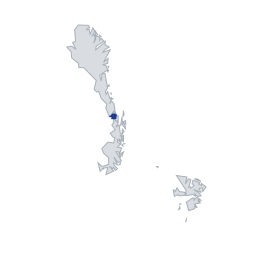 Sørfold nor, Nordland, Norway (highlighted), rotated 132°
{"feature_id": "86288312B94814604845877", "entity_name": "Sørfold nor", "entity_type": "district", "adm_level": 2, "iso_a3": "NOR", "parent_name": "Norway", "parent_adm1": "Nordland", "projection": "albers", "projection_center": [15.554, 67.519], "detail": "fine", "context": "in_parent", "style": "filled", "palette": "blue", "viewbox_px": 256, "rotation_deg": 132, "n_neighbors": 0, "source": "geoboundaries", "source_scale": "gbopen_adm2", "svg_char_len": 5825}
<svg xmlns="http://www.w3.org/2000/svg" viewBox="0 0 256 256"><g transform="rotate(132 128 128)"><path d="M148.7,128.6L143.9,131.4L144.8,133.0L143.8,137.8L137.9,136.2L136.7,141.9L132.7,142.7L130.4,147.2L131.4,150.7L128.0,157.9L124.4,159.6L124.0,167.5L120.4,174.3L122.2,175.4L122.0,179.0L113.9,183.4L112.8,201.3L116.0,204.9L113.1,208.1L113.6,216.7L109.4,221.3L108.8,227.6L105.0,224.9L104.3,219.3L101.6,226.3L98.6,225.0L90.7,233.4L84.7,233.8L78.2,226.1L79.1,223.5L81.3,225.2L82.8,224.1L80.6,222.9L83.8,218.9L77.1,221.1L78.6,217.3L83.2,216.4L81.0,215.6L83.5,212.4L87.9,210.4L83.7,211.4L77.8,217.2L78.8,213.1L81.2,213.1L79.1,209.7L81.8,207.8L79.3,207.9L79.4,204.0L88.7,206.3L91.6,204.2L80.1,202.7L81.6,200.1L80.4,196.1L85.2,197.7L88.5,197.4L81.8,193.6L95.6,190.1L89.6,189.4L93.7,186.3L98.0,189.3L96.3,186.0L98.6,182.1L107.8,184.3L111.1,179.4L104.8,183.6L102.9,181.5L111.8,170.1L116.0,169.1L117.7,166.9L114.6,167.4L118.4,161.1L117.5,159.6L122.4,157.9L118.9,158.5L119.4,154.6L122.9,150.1L127.8,149.4L124.2,148.7L126.1,145.8L128.4,148.0L128.8,146.3L125.5,143.5L129.9,139.5L131.0,142.8L130.6,138.7L135.3,137.5L131.6,136.6L136.9,130.5L137.3,127.5L139.4,128.9L138.5,127.2L141.9,124.0L142.0,127.7L143.9,122.5L143.6,128.3L145.6,126.5L144.9,122.8L149.4,123.1L147.0,119.5L151.1,117.7L153.7,121.2L156.9,110.9L160.3,112.2L159.0,119.2L162.4,110.9L163.5,115.6L164.6,114.4L165.4,108.6L168.1,109.2L167.1,112.3L168.3,112.1L168.9,116.1L169.6,109.9L177.4,113.2L170.9,116.7L174.7,119.7L178.9,119.6L173.8,127.0L174.1,122.5L173.1,120.8L167.8,118.1L163.0,122.6L163.1,129.4L160.9,133.6L152.0,133.5L148.7,128.6ZM129.5,28.3L132.3,30.4L132.2,34.2L133.4,32.2L134.1,35.3L139.6,39.7L135.4,43.3L130.9,60.2L125.0,51.5L131.1,47.9L125.2,49.1L124.4,46.7L131.5,43.1L130.0,42.4L130.7,40.9L126.6,40.4L126.4,43.2L123.4,44.7L120.3,38.0L122.2,38.1L121.6,34.9L120.1,36.3L119.5,30.6L125.0,29.9L125.3,30.8L122.8,32.5L125.3,34.7L127.0,30.8L129.8,38.0L128.8,31.3L129.5,28.3ZM135.3,24.2L140.0,27.6L140.8,23.7L141.4,24.1L141.3,26.2L143.3,24.4L148.8,27.6L144.0,35.0L136.6,33.0L135.8,32.2L137.6,30.6L134.0,30.7L133.0,29.3L134.1,28.2L132.4,27.3L134.9,27.5L134.5,25.6L135.5,26.4L135.3,24.2ZM140.1,40.9L144.3,44.6L143.8,46.1L147.7,47.8L143.9,52.8L143.1,52.5L143.4,50.3L139.7,51.5L140.8,47.1L137.5,42.3L140.1,40.9ZM129.0,136.4L131.7,134.8L123.7,139.9L127.8,135.8L128.0,131.8L130.2,129.5L129.0,136.4ZM133.1,128.7L136.8,128.2L132.6,131.4L133.1,128.7ZM136.6,126.2L141.5,122.0L139.0,126.4L136.6,126.2ZM118.7,38.3L120.9,42.8L121.3,44.7L119.5,42.4L118.7,38.3ZM126.5,132.2L127.1,135.8L124.2,134.9L126.5,132.2ZM153.0,113.2L151.4,116.1L148.7,115.3L151.7,114.4L153.0,113.2ZM153.6,115.1L153.1,118.2L151.9,117.5L153.6,115.1ZM120.3,140.0L123.2,139.3L119.9,141.6L120.3,140.0ZM159.0,22.4L155.7,24.2L159.0,22.2L159.0,22.4ZM152.8,35.5L155.2,35.6L151.9,36.8L152.8,35.5ZM158.5,110.4L160.4,109.4L161.1,109.9L158.5,110.4ZM154.8,114.1L154.6,115.8L153.9,114.5L154.8,114.1ZM144.8,119.7L144.9,121.4L144.0,120.9L144.8,119.7ZM137.6,79.4L137.5,80.9L136.6,79.7L137.6,79.4ZM150.5,38.5L149.4,38.5L149.2,37.9L150.5,38.5ZM109.9,169.9L110.5,171.3L108.7,170.9L109.9,169.9ZM141.3,119.6L142.4,120.2L143.0,121.1L141.3,119.6ZM132.9,25.4L133.4,26.4L132.7,26.0L132.9,25.4ZM99.6,181.2L97.5,181.1L99.8,180.6L99.6,181.2ZM96.3,183.1L95.4,184.1L95.1,183.5L96.3,183.1ZM119.5,142.0L118.4,143.2L119.6,141.1L119.5,142.0ZM78.6,210.1L78.0,211.9L78.2,209.5L78.6,210.1ZM116.7,159.9L116.3,158.8L116.9,158.9L116.7,159.9ZM174.8,118.1L174.9,119.5L174.8,119.3L174.8,118.1ZM117.2,160.9L116.1,161.1L117.5,160.7L117.2,160.9ZM113.8,163.2L113.8,164.3L113.3,163.9L113.8,163.2ZM79.3,202.4L78.5,203.4L78.8,202.6L79.3,202.4Z" fill="#d9dde1" stroke="#a8b0b8" stroke-width="1"/><path d="M126.9,145.3L127.0,145.3L127.2,145.2L127.3,145.2L127.4,145.3L127.5,145.4L127.7,145.5L127.8,145.4L127.8,145.5L127.8,145.8L127.9,145.7L127.7,145.6L127.4,145.4L127.1,145.4L127.2,145.5L127.0,145.8L127.0,146.0L127.3,146.2L127.5,146.2L127.8,146.2L128.0,146.2L128.0,146.3L128.3,146.2L128.7,145.9L128.8,145.9L129.1,145.8L129.1,145.7L129.3,145.7L129.5,145.6L129.4,145.6L129.5,145.7L129.5,145.8L129.4,145.8L129.2,145.8L128.7,146.0L128.4,146.3L128.3,146.5L128.2,146.6L128.3,146.8L128.4,146.7L128.3,146.8L128.1,146.9L128.1,147.0L128.3,147.1L128.4,147.3L128.6,147.4L128.7,147.2L128.8,147.1L128.7,147.2L128.7,147.3L128.8,147.5L129.0,147.6L129.1,147.8L128.9,147.8L128.9,147.7L128.7,147.4L128.4,147.4L128.4,147.5L128.5,147.6L128.4,147.7L128.5,147.7L128.5,147.9L128.4,147.9L128.4,148.0L128.4,147.9L128.4,147.7L128.2,147.7L128.2,147.4L128.1,147.2L128.0,146.9L128.0,146.7L127.9,146.7L127.7,146.5L127.3,146.5L127.3,146.4L127.3,146.5L127.2,146.5L127.3,146.5L127.3,146.4L127.2,146.5L127.0,146.8L126.8,147.0L126.7,147.2L126.8,147.0L126.7,147.0L126.7,146.9L126.8,146.8L126.9,146.7L127.1,146.5L127.1,146.4L127.0,146.2L126.9,146.2L126.8,146.3L126.7,146.5L126.5,146.8L126.6,147.0L126.8,147.4L127.0,147.3L126.9,147.2L127.0,147.1L127.3,146.9L127.4,147.1L127.5,147.0L127.8,147.0L128.0,147.3L128.1,147.5L128.0,147.8L128.2,148.0L128.3,148.0L128.3,148.3L128.3,148.5L128.3,148.8L128.5,148.8L128.6,148.7L128.8,148.6L129.0,148.3L129.3,148.3L129.3,148.5L129.5,148.6L129.9,148.5L130.8,148.7L131.1,148.8L130.2,147.1L130.5,146.3L131.4,146.2L131.1,145.9L130.4,145.1L130.5,144.7L130.3,144.5L130.1,144.5L130.3,144.4L130.1,144.4L130.1,144.2L130.0,144.4L129.9,144.5L129.8,144.4L129.9,144.2L129.7,143.9L129.6,144.0L129.5,143.9L129.4,143.9L129.1,143.8L128.9,143.8L128.9,144.0L129.0,144.2L129.1,144.3L129.1,144.5L129.4,144.5L129.3,144.8L129.2,144.8L129.3,144.7L129.2,144.7L129.0,144.3L128.9,144.3L128.6,144.1L128.5,144.3L128.5,144.5L128.8,144.5L128.9,144.8L128.5,144.8L128.4,145.0L128.2,145.1L127.9,145.2L127.7,145.0L127.7,144.9L127.6,145.0L127.4,145.1L127.2,145.0L126.9,145.3ZM126.9,145.4L126.7,145.4L126.7,145.5L126.8,145.5L127.0,145.5L126.9,145.4Z" fill="#3b82f6" stroke="#1e3a8a" stroke-width="1.5"/></g></svg>